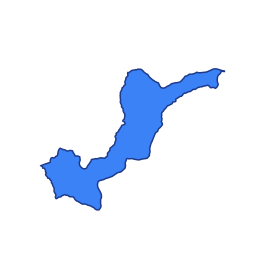 Dungna, Chhukha, Bhutan, rotated 209°
{"feature_id": "84629894B53394150042816", "entity_name": "Dungna", "entity_type": "district", "adm_level": 2, "iso_a3": "BTN", "parent_name": "Bhutan", "parent_adm1": "Chhukha", "projection": "robinson", "projection_center": [89.368, 27.082], "detail": "fine", "context": "isolated", "style": "filled", "palette": "blue", "viewbox_px": 256, "rotation_deg": 209, "n_neighbors": 0, "source": "geoboundaries", "source_scale": "gbopen_adm2", "svg_char_len": 5845}
<svg xmlns="http://www.w3.org/2000/svg" viewBox="0 0 256 256"><g transform="rotate(209 128 128)"><path d="M70.6,205.2L70.3,206.4L70.0,207.1L70.0,209.0L70.1,209.5L70.7,210.4L71.5,211.0L72.0,211.5L73.0,212.8L74.1,215.0L74.4,215.8L74.6,217.4L74.5,218.4L73.9,219.8L73.7,220.7L73.7,221.2L73.9,222.5L73.7,222.9L71.6,223.9L71.1,224.1L71.1,224.4L71.6,224.6L72.1,224.3L73.8,223.8L78.6,222.8L79.7,222.4L81.7,221.2L82.3,220.6L84.4,217.6L86.3,215.2L87.7,214.1L92.4,210.8L95.0,210.0L96.0,208.2L96.8,207.4L97.9,206.3L100.3,204.9L101.1,203.5L101.6,202.3L102.9,201.2L103.2,200.6L103.3,199.1L104.0,196.1L104.5,194.3L104.8,193.7L105.1,193.2L106.7,191.7L108.6,190.4L111.2,188.0L111.7,187.4L111.8,186.5L112.2,185.8L114.3,182.9L114.8,181.7L115.1,181.1L116.7,179.9L118.1,179.4L118.9,179.4L120.6,180.2L123.3,182.2L126.3,181.8L128.8,182.0L130.1,182.1L133.5,182.8L135.0,183.4L136.6,184.4L139.1,184.3L141.6,184.8L142.3,185.2L143.1,185.2L143.9,185.6L144.4,185.6L145.7,185.4L148.0,184.1L148.3,183.8L148.5,183.2L149.5,182.8L149.8,182.3L150.7,181.8L152.8,179.9L153.1,179.2L153.3,178.5L154.2,176.8L155.0,176.5L155.0,176.0L154.4,175.0L153.7,174.1L153.5,173.6L153.5,172.8L154.0,171.8L154.1,171.3L154.1,170.9L153.7,170.0L153.5,169.2L153.1,166.8L152.5,166.0L151.4,165.0L151.4,164.6L152.0,163.4L152.0,161.6L152.5,160.6L152.6,160.0L152.3,159.6L152.1,158.6L151.8,155.0L151.6,154.6L151.1,154.1L150.5,152.3L149.9,151.7L149.3,150.5L148.1,149.0L147.8,148.1L147.2,146.8L146.7,146.3L146.0,145.9L145.2,145.2L144.5,144.7L144.2,143.8L143.7,143.2L143.2,143.0L142.5,143.0L141.7,142.4L140.3,140.3L139.0,139.4L137.9,139.0L137.1,137.6L136.7,137.3L136.5,137.0L136.4,136.3L136.1,135.6L135.6,133.9L135.6,133.5L136.0,132.8L136.1,132.4L136.0,131.9L135.8,131.5L135.5,131.4L134.5,131.6L133.7,131.5L133.2,131.0L132.6,130.2L133.1,129.2L133.8,128.2L134.6,127.4L134.7,127.1L134.7,126.6L134.5,126.1L134.5,125.6L134.7,124.4L134.7,122.7L135.0,121.8L134.8,121.0L134.9,119.6L135.7,118.0L135.8,117.5L135.7,117.3L135.2,116.7L134.9,115.9L135.3,114.8L135.2,114.4L134.9,114.0L134.6,113.7L133.5,113.1L133.3,112.7L132.8,111.6L132.6,110.8L132.6,109.6L131.9,107.5L132.0,106.6L132.6,105.1L132.8,104.2L133.8,102.0L133.9,101.6L133.8,101.4L133.3,100.2L133.1,99.2L133.7,96.0L133.1,95.0L132.9,94.3L132.5,93.5L132.5,93.0L133.4,91.6L133.7,90.2L134.9,89.7L135.8,89.5L137.8,88.4L138.9,87.4L139.9,86.2L141.6,85.4L142.6,84.4L143.4,83.8L143.8,83.6L144.4,83.0L144.7,82.2L144.3,81.3L144.3,80.4L144.5,79.9L144.5,79.2L144.7,76.7L144.9,76.0L144.9,74.3L144.8,73.9L144.8,73.4L144.9,72.7L145.8,71.5L146.3,71.3L146.7,70.8L148.4,70.7L149.9,70.9L151.7,71.7L152.2,72.0L153.2,73.1L153.9,74.4L154.0,75.0L154.1,76.1L154.5,77.1L155.2,77.9L156.0,79.2L156.4,79.4L157.8,79.3L158.4,79.1L158.8,78.7L159.1,78.7L160.6,77.9L161.8,78.8L163.0,79.5L163.7,79.7L165.1,80.9L165.6,81.1L167.4,80.5L168.3,79.9L169.9,78.3L170.3,78.2L172.1,78.4L174.2,77.7L175.2,77.7L176.0,77.5L177.1,77.5L177.6,77.3L177.8,76.8L177.9,75.9L177.9,74.7L177.5,73.1L176.6,70.6L176.4,69.4L177.3,68.3L177.8,66.5L178.3,65.9L179.7,65.5L180.5,64.7L180.7,64.1L180.6,63.0L180.0,61.3L179.6,60.7L179.5,60.2L179.8,59.7L182.1,57.3L186.0,52.8L185.8,52.7L184.0,52.6L183.8,52.5L183.2,51.6L181.9,52.2L181.4,52.2L180.7,51.6L179.7,51.1L179.2,50.4L179.0,49.7L178.4,49.4L177.8,49.3L177.6,49.2L177.7,47.7L177.6,47.4L177.3,47.1L176.6,46.6L175.8,46.5L175.0,46.2L174.6,45.9L174.0,45.3L173.4,45.3L172.8,45.7L172.3,45.8L171.4,45.1L169.5,44.5L168.2,42.8L167.4,42.6L167.1,42.5L166.7,41.9L165.7,41.1L163.3,39.4L162.1,37.0L161.5,36.3L159.2,35.0L158.4,34.2L158.1,32.4L157.2,31.6L156.6,31.4L155.8,32.2L155.5,33.2L154.7,34.3L153.6,35.0L153.3,35.3L153.0,36.2L152.9,37.0L152.0,37.7L151.5,38.7L151.1,39.1L150.6,39.0L149.7,39.1L149.2,39.3L148.8,39.8L146.9,39.8L146.5,39.6L146.0,39.6L144.1,40.4L143.1,41.0L142.4,41.1L142.0,41.0L139.2,39.6L138.3,39.4L137.5,39.3L135.6,39.5L132.7,39.3L130.8,39.4L130.1,40.0L128.5,40.7L127.3,41.0L126.7,41.1L125.8,41.0L124.5,41.4L122.1,41.8L121.3,41.6L119.6,41.8L118.5,41.6L117.6,41.2L115.8,41.2L115.3,41.4L113.7,42.4L113.5,43.5L113.4,44.7L113.5,46.1L113.9,46.9L114.3,47.3L115.3,48.7L115.9,49.4L116.1,50.1L117.0,51.6L117.3,52.2L117.4,53.5L117.7,54.9L118.2,55.4L118.5,56.1L119.9,57.7L120.2,57.9L120.9,58.3L121.5,58.8L123.4,60.0L124.9,60.9L126.6,62.6L127.5,64.2L127.9,65.6L128.1,66.3L128.1,66.8L127.7,67.3L127.7,67.6L126.8,68.8L126.0,69.4L124.4,71.0L123.7,71.9L123.0,73.1L121.6,74.4L120.2,75.9L118.1,78.4L117.8,79.4L117.2,80.2L117.0,81.0L116.2,82.2L115.7,83.4L114.5,84.8L113.5,85.5L113.3,85.9L113.0,86.1L112.4,87.5L111.2,91.1L111.2,91.6L111.3,92.1L111.6,92.7L112.0,94.2L112.8,94.8L113.7,96.9L113.8,97.3L113.9,99.2L114.3,100.0L114.0,100.9L113.1,101.1L111.7,101.8L110.5,102.7L109.5,103.2L107.0,103.9L104.3,104.8L102.9,105.5L102.0,106.2L101.3,107.1L97.2,110.3L96.5,111.1L96.3,112.1L95.9,114.2L96.6,115.6L96.9,116.5L97.1,117.6L99.3,121.0L99.6,122.5L100.1,124.3L100.5,126.6L100.4,127.8L100.7,128.9L100.7,129.8L101.1,132.4L101.2,133.7L101.5,135.7L101.5,137.1L101.3,137.8L100.6,139.1L100.5,139.7L100.9,141.9L100.8,142.3L100.3,143.5L99.6,146.4L99.6,147.6L99.7,147.9L100.2,148.7L101.8,149.5L102.0,149.9L102.0,150.7L102.3,151.2L102.7,152.5L104.1,153.9L104.4,154.5L104.8,155.7L105.6,156.9L105.8,157.6L105.8,158.1L105.2,160.2L105.2,161.8L104.7,163.0L104.5,164.6L104.4,165.7L104.1,166.9L103.6,167.1L103.3,167.5L102.5,168.8L101.5,170.1L101.2,170.8L101.2,171.1L101.5,171.8L101.5,172.1L101.3,172.4L100.8,172.9L100.2,173.2L99.6,173.8L99.2,174.5L99.3,175.0L100.1,176.0L100.1,176.7L98.5,179.2L98.2,180.4L96.6,181.8L96.4,182.7L96.2,183.0L96.3,184.3L95.9,185.2L95.4,186.0L94.6,186.3L92.6,189.1L91.4,189.9L91.1,190.6L90.6,191.2L90.4,191.7L89.8,193.4L88.2,194.2L87.5,195.2L86.5,197.3L85.7,197.9L84.5,199.2L83.1,200.0L82.6,200.9L82.3,201.3L81.3,201.9L80.5,202.6L79.2,203.9L78.1,204.2L76.5,203.6L75.4,203.3L74.7,203.6L73.2,204.9L72.8,205.0L72.3,204.9L70.6,205.2Z" fill="#3b82f6" stroke="#1e3a8a" stroke-width="1.5"/></g></svg>